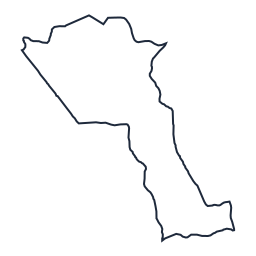 Teculután, Zacapa, Guatemala (Natural Earth projection)
{"feature_id": "79465075B78410714598363", "entity_name": "Teculután", "entity_type": "district", "adm_level": 2, "iso_a3": "GTM", "parent_name": "Guatemala", "parent_adm1": "Zacapa", "projection": "natural_earth1", "projection_center": [-89.766, 15.065], "detail": "fine", "context": "isolated", "style": "outline", "palette": "slate", "viewbox_px": 256, "rotation_deg": 0, "n_neighbors": 0, "source": "geoboundaries", "source_scale": "gbopen_adm2", "svg_char_len": 2563}
<svg xmlns="http://www.w3.org/2000/svg" viewBox="0 0 256 256"><path d="M229.5,201.6L227.0,202.0L225.3,202.2L224.6,202.4L223.6,202.7L222.9,203.2L222.2,203.6L220.5,204.9L219.4,205.4L218.5,205.4L217.8,205.4L217.1,205.3L216.4,205.1L216.0,205.0L215.1,204.9L214.0,204.9L213.1,205.1L212.7,205.5L207.7,206.0L205.9,204.5L204.2,201.5L197.4,185.6L195.5,183.9L193.4,181.2L188.6,173.3L188.0,171.3L185.3,167.6L185.2,166.5L183.5,164.1L182.9,161.7L180.2,158.0L179.9,156.1L179.2,155.8L177.0,152.1L175.6,146.8L175.6,145.3L174.5,143.0L173.4,134.2L173.6,125.4L173.1,123.9L172.7,111.0L171.3,108.5L169.5,108.0L167.9,106.7L166.2,106.3L164.1,104.3L162.4,103.8L159.6,101.5L159.5,98.8L160.4,94.6L159.7,90.9L158.4,88.2L156.2,85.9L155.2,82.6L151.7,78.9L149.8,75.9L149.8,73.7L151.5,70.9L152.0,68.4L151.9,66.7L151.4,65.8L151.8,61.6L153.0,58.5L153.9,57.7L159.7,50.8L163.3,47.4L165.1,45.3L166.0,43.3L161.7,45.0L158.3,45.4L154.5,43.8L151.4,41.7L149.0,41.0L144.8,41.1L138.4,42.2L136.5,41.7L134.7,40.2L133.7,38.3L132.0,33.2L131.2,28.9L129.2,24.0L126.1,19.6L124.1,18.0L122.7,17.8L120.5,17.5L114.7,17.6L108.0,17.8L105.0,22.0L103.4,24.2L92.1,17.2L89.0,15.4L76.6,20.8L66.1,25.4L65.0,26.3L59.3,26.2L54.4,27.0L51.9,29.4L51.8,31.6L50.8,33.8L50.8,35.0L49.3,38.9L49.3,40.0L48.9,41.0L47.2,42.9L42.5,42.5L38.9,41.2L33.2,41.1L30.8,40.2L29.4,38.7L27.9,37.8L24.2,37.4L23.3,38.5L23.3,40.5L23.9,40.9L24.0,42.0L25.3,44.0L25.4,45.1L25.3,47.1L24.1,48.7L23.7,49.4L21.9,50.2L26.2,56.2L38.0,70.8L40.4,74.6L46.5,82.1L47.1,83.3L48.3,84.3L48.9,85.5L55.5,93.6L56.4,95.8L57.6,96.1L67.2,108.7L71.0,113.6L72.8,116.4L74.8,118.3L76.7,121.4L78.8,123.4L96.0,122.3L100.9,123.0L105.6,122.7L111.1,124.6L114.6,125.3L120.4,124.4L126.4,124.2L127.6,124.6L128.8,126.6L129.1,128.3L128.5,137.6L129.4,141.1L129.6,147.1L130.3,149.7L132.7,152.0L132.9,153.4L135.0,156.2L135.3,157.2L136.1,157.6L136.4,158.7L137.4,160.0L139.1,161.6L141.0,162.2L142.0,163.2L142.9,163.5L145.7,166.7L146.0,169.0L144.7,171.5L144.6,178.7L144.0,184.0L144.7,186.4L147.8,190.2L150.4,192.3L151.7,194.3L153.1,197.1L153.4,198.8L154.2,199.9L155.5,206.1L156.4,211.4L156.5,218.5L156.9,219.0L158.6,222.4L161.2,225.9L162.3,229.0L161.9,232.1L162.8,234.3L162.7,237.7L162.2,238.2L162.2,240.6L165.1,238.4L176.2,233.9L180.6,234.8L182.7,236.6L185.8,237.5L187.5,237.3L191.1,234.7L197.1,234.7L201.9,235.9L207.9,236.0L210.5,235.4L213.5,233.3L214.9,232.9L216.8,231.6L222.7,230.3L223.4,229.6L224.4,229.4L226.8,228.7L231.2,229.4L232.7,230.5L234.1,230.2L234.1,229.0L232.2,221.8L230.8,218.0L230.6,215.4L231.2,207.8L230.9,205.5L229.5,201.6Z" fill="none" stroke="#1e293b" stroke-width="2"/></svg>